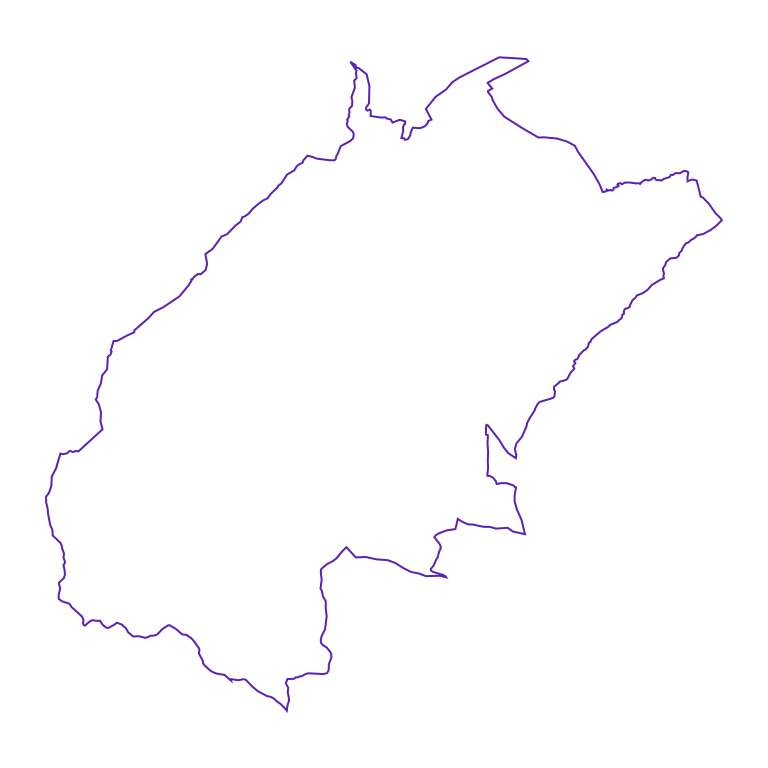 the district of Garbova, Alba, Romania
{"feature_id": "2599482B63039671608561", "entity_name": "Garbova", "entity_type": "district", "adm_level": 2, "iso_a3": "ROU", "parent_name": "Romania", "parent_adm1": "Alba", "projection": "robinson", "projection_center": [23.722, 45.855], "detail": "fine", "context": "isolated", "style": "outline", "palette": "violet", "viewbox_px": 768, "rotation_deg": 0, "n_neighbors": 0, "source": "geoboundaries", "source_scale": "gbopen_adm2", "svg_char_len": 6050}
<svg xmlns="http://www.w3.org/2000/svg" viewBox="0 0 768 768"><path d="M525.0,534.2L521.5,519.8L516.8,509.3L514.6,501.3L514.6,495.9L516.0,487.3L514.9,487.0L513.3,485.4L506.7,483.1L501.2,483.1L496.8,484.0L495.8,481.2L493.2,477.9L490.4,476.2L487.3,475.6L488.1,467.6L487.8,461.3L488.1,452.0L487.5,442.7L487.9,437.4L487.7,435.1L486.1,434.7L485.9,433.7L486.0,426.9L486.5,424.9L487.8,425.3L499.2,439.9L503.8,447.6L508.4,453.2L515.9,458.2L516.3,455.2L514.8,449.0L516.5,443.3L521.9,436.8L526.6,426.1L527.1,423.1L529.9,417.7L534.6,410.5L535.4,408.1L537.8,403.8L539.8,401.9L551.0,398.6L553.9,397.3L554.6,395.5L555.0,391.5L554.0,389.5L554.2,386.5L558.7,383.0L559.5,381.7L565.6,380.1L567.3,378.9L570.6,372.6L574.3,368.7L573.1,366.1L575.4,363.0L574.1,361.5L574.2,360.9L575.1,359.9L577.2,359.1L578.2,357.9L578.8,355.5L583.7,350.4L585.8,349.5L586.0,348.7L587.8,347.1L588.6,344.9L588.6,343.2L590.5,341.8L591.6,339.1L600.5,331.4L608.9,326.4L609.9,325.0L617.5,321.8L618.7,320.3L620.6,319.0L622.0,317.2L622.4,314.7L624.0,313.6L623.8,311.6L624.5,309.5L625.5,308.6L627.8,308.2L629.9,306.7L630.0,305.2L632.3,300.5L635.7,297.4L636.9,295.4L642.4,293.3L647.5,289.9L651.8,285.0L659.9,280.0L663.9,278.3L663.4,276.1L664.0,273.1L663.3,271.2L663.0,268.1L665.2,265.1L666.1,262.0L670.3,258.4L676.0,257.9L677.8,256.6L678.9,255.4L679.3,253.0L681.7,250.7L682.5,248.2L685.8,243.4L688.6,242.3L691.4,239.6L693.1,239.0L696.2,236.5L696.9,235.3L703.0,234.1L710.6,230.0L716.2,225.8L721.9,220.2L720.8,218.5L715.2,212.8L708.5,203.3L702.8,197.5L700.7,196.6L696.7,180.6L692.3,179.5L687.7,181.2L688.0,180.3L687.4,179.2L687.5,177.2L688.3,172.5L687.1,171.4L683.9,170.9L679.9,173.2L675.5,173.1L672.8,175.0L671.0,174.8L669.6,177.1L664.3,178.7L661.0,180.6L658.9,180.0L657.1,180.3L655.6,179.5L654.9,177.9L653.8,177.8L652.5,178.1L651.8,179.3L648.1,180.5L646.5,179.8L644.8,180.0L641.6,182.1L640.1,184.0L639.0,183.2L635.9,183.4L629.5,182.5L624.8,182.6L622.0,184.3L620.7,183.3L618.8,183.4L617.8,183.9L617.4,184.6L618.6,185.7L618.5,186.3L613.7,188.0L613.5,189.6L612.7,190.4L611.7,190.6L610.5,189.9L607.9,190.7L606.7,189.6L606.1,191.3L602.7,192.1L599.7,184.6L593.8,174.1L577.9,151.6L574.9,145.8L566.9,141.5L556.8,138.5L544.0,137.3L538.4,137.5L521.4,127.6L504.3,116.7L497.4,108.5L492.7,100.2L491.9,97.1L488.2,92.4L487.9,91.0L492.2,88.6L487.6,82.9L493.5,79.3L505.4,73.8L528.4,61.2L526.4,59.1L524.9,58.9L499.2,57.3L459.5,77.4L452.3,82.2L446.2,89.4L435.5,96.9L425.9,109.0L431.5,119.6L428.3,121.0L427.3,123.7L425.0,126.1L422.2,127.5L419.5,128.2L412.8,127.7L410.5,133.2L410.2,135.6L407.7,139.3L404.8,139.7L404.2,138.3L401.4,138.0L403.3,130.6L403.0,127.6L403.8,124.8L405.0,124.1L405.2,121.4L399.8,119.8L392.5,122.6L390.8,119.5L387.0,118.6L385.6,117.4L380.2,117.5L370.6,116.0L370.8,110.8L369.8,109.6L367.5,110.6L366.2,109.7L366.0,107.7L369.0,103.4L369.4,86.2L366.6,74.2L358.6,68.1L356.3,67.5L355.6,65.1L350.3,61.8L356.5,70.6L356.0,73.5L356.6,78.1L354.2,80.6L354.9,87.8L351.5,97.0L352.3,101.1L352.1,105.4L351.5,106.7L349.6,108.2L349.1,109.8L349.5,112.6L348.7,115.5L349.2,116.4L347.2,119.8L347.6,120.3L347.6,121.7L346.8,124.2L347.6,126.7L352.9,131.8L353.7,134.0L353.3,138.1L350.3,141.0L340.7,146.1L337.7,153.9L336.5,155.6L335.6,159.3L334.6,160.2L330.3,160.3L316.5,158.6L312.3,156.8L307.4,155.8L303.5,160.1L302.6,162.7L298.4,164.8L296.7,166.4L294.2,170.4L287.1,174.5L281.4,183.4L278.2,185.7L277.7,187.1L270.3,194.4L267.5,198.4L263.2,200.4L258.8,203.6L252.7,208.7L248.6,213.7L244.6,216.5L242.4,217.1L240.6,221.6L235.6,225.4L227.2,234.1L221.6,236.5L212.7,248.8L205.4,254.1L207.1,263.7L205.7,270.0L200.7,274.2L198.0,274.0L194.1,276.7L192.2,279.6L191.3,279.4L191.2,281.2L188.1,285.9L179.4,296.4L163.3,307.2L154.1,311.9L148.1,318.4L134.3,330.4L134.2,332.3L127.5,335.3L116.8,341.1L113.6,340.9L110.8,350.6L111.6,351.6L110.5,354.6L107.8,356.8L107.1,369.4L102.2,375.4L100.8,383.7L97.6,390.9L97.2,397.2L95.7,399.5L98.9,404.4L101.0,412.3L100.5,421.5L102.5,429.3L78.5,451.3L75.9,451.0L72.7,452.0L70.2,450.9L69.0,451.4L67.2,453.3L62.8,454.2L60.4,453.6L56.0,468.5L51.7,476.7L51.4,485.7L49.1,492.6L46.1,496.7L46.1,502.1L47.7,508.8L48.0,513.5L50.2,524.9L52.5,530.3L52.7,535.5L60.4,542.8L61.4,544.8L62.4,549.2L64.1,553.8L63.4,557.1L65.0,561.9L64.5,563.7L63.5,565.1L64.6,570.2L64.9,574.6L64.0,578.0L59.0,582.6L58.9,583.7L60.2,588.2L58.6,595.2L58.8,599.0L62.2,601.4L69.4,603.7L71.8,607.3L82.0,616.5L83.6,620.2L82.9,623.1L83.9,625.2L84.9,625.6L89.4,621.7L92.5,620.1L95.9,620.8L100.0,620.7L102.6,624.7L106.1,627.6L107.2,627.9L108.8,627.7L114.7,624.5L116.4,622.9L117.4,622.9L121.5,624.4L125.9,628.2L128.1,632.2L133.2,636.5L138.8,636.2L144.7,637.7L147.1,637.5L150.4,635.8L154.0,635.6L157.0,634.6L162.6,628.9L168.4,625.2L169.7,625.3L176.0,629.0L182.2,634.4L186.5,634.9L191.1,638.1L193.4,640.5L199.1,648.4L199.4,649.9L198.9,653.5L202.8,660.7L203.2,663.3L204.1,664.9L209.6,670.0L212.0,671.7L216.3,673.5L224.5,674.9L231.1,680.7L230.8,679.6L231.1,679.1L238.0,680.2L243.8,679.2L245.9,679.9L251.8,686.1L257.7,691.1L266.6,695.9L270.9,697.0L273.7,698.4L277.7,702.1L279.8,703.3L284.0,707.3L286.8,710.7L287.5,705.4L289.0,700.6L288.8,697.5L287.8,692.6L288.2,687.7L285.8,683.3L287.4,679.1L294.2,678.8L295.5,677.4L298.1,677.3L299.4,676.4L301.5,676.3L305.7,673.9L308.7,673.3L323.9,674.1L327.1,673.0L328.3,671.0L328.8,668.8L328.8,664.5L331.4,657.4L331.2,653.8L330.0,651.6L326.8,647.6L322.6,644.9L320.9,642.7L320.8,639.8L321.6,636.2L325.0,629.4L326.7,616.3L325.7,608.3L325.8,601.3L323.0,596.5L321.9,590.9L320.5,588.6L321.7,579.5L320.9,573.6L320.9,569.9L321.7,568.6L327.0,564.1L333.0,561.0L336.3,558.5L342.4,551.1L346.4,547.2L355.8,557.4L365.7,557.0L376.5,559.3L387.8,560.2L395.3,563.0L404.3,568.6L411.2,572.0L419.3,573.6L425.7,576.1L439.9,575.8L446.2,577.3L445.5,576.3L443.2,575.0L433.4,572.1L431.4,570.9L430.8,569.8L431.0,568.7L433.6,565.6L436.4,559.1L437.7,557.3L439.0,552.1L440.7,548.2L440.6,546.1L439.7,544.2L434.3,537.1L435.7,535.3L438.3,533.6L444.3,531.3L447.0,530.3L455.4,529.1L457.8,518.9L462.5,521.9L468.2,524.4L472.5,524.5L483.5,526.8L489.9,526.9L496.0,528.6L507.7,527.8L512.9,531.5L525.0,534.2Z" fill="none" stroke="#5b21b6" stroke-width="2"/></svg>